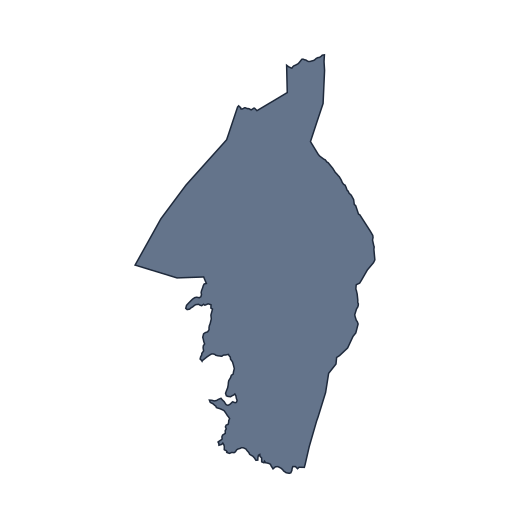 the district of San Juan Juquila Mixes, Oaxaca, Mexico, rotated 189°
{"feature_id": "50627088B56104318486016", "entity_name": "San Juan Juquila Mixes", "entity_type": "district", "adm_level": 2, "iso_a3": "MEX", "parent_name": "Mexico", "parent_adm1": "Oaxaca", "projection": "equal_earth", "projection_center": [-95.884, 16.869], "detail": "fine", "context": "isolated", "style": "filled", "palette": "slate", "viewbox_px": 512, "rotation_deg": 189, "n_neighbors": 0, "source": "geoboundaries", "source_scale": "gbopen_adm2", "svg_char_len": 4868}
<svg xmlns="http://www.w3.org/2000/svg" viewBox="0 0 512 512"><g transform="rotate(189 256 256)"><path d="M175.2,54.8L175.0,56.8L174.9,57.3L173.6,76.1L170.3,102.6L169.5,106.8L165.9,132.0L165.9,151.5L160.1,161.8L160.5,168.4L157.9,170.7L153.5,176.4L151.1,179.5L147.6,191.8L145.4,195.6L144.5,204.8L145.7,207.0L146.9,208.2L148.7,211.8L149.3,213.5L148.4,219.5L147.5,221.6L147.3,223.1L147.4,224.7L148.3,226.2L148.5,228.2L150.1,234.2L151.5,237.7L152.2,238.9L152.5,242.6L152.4,243.4L149.4,245.4L148.2,248.2L143.8,259.7L138.9,267.8L138.0,270.8L140.6,281.0L140.7,283.5L141.3,284.6L143.4,290.0L143.3,292.6L143.8,294.4L143.9,294.6L146.9,298.3L160.0,313.0L161.3,313.4L165.4,321.3L167.0,322.3L168.4,327.0L171.5,331.0L173.9,332.6L175.2,334.6L176.0,334.9L176.7,335.9L177.7,337.8L179.1,339.9L180.7,340.5L182.3,342.1L183.7,344.4L186.2,347.4L187.2,348.1L188.8,349.5L190.9,351.1L193.9,354.6L199.4,359.5L200.7,359.9L202.6,361.8L204.3,362.3L208.8,364.7L210.5,366.2L220.1,377.5L216.8,397.9L213.6,417.1L215.2,431.4L216.8,445.6L217.3,450.0L219.2,458.6L219.9,465.4L222.0,464.7L223.0,463.3L224.5,462.0L225.8,461.7L226.7,461.1L227.5,460.5L228.1,459.7L229.0,458.6L229.8,458.1L230.6,457.7L231.4,457.4L232.2,457.0L233.0,456.6L234.8,456.3L236.2,456.8L237.4,457.4L238.8,457.4L239.8,457.7L240.4,457.8L241.5,457.5L242.9,455.0L244.1,453.0L244.8,452.2L245.9,451.4L247.2,450.4L248.0,450.0L248.6,449.5L249.2,448.7L249.6,447.9L250.0,447.1L251.0,447.3L253.4,448.0L255.6,449.2L250.7,422.3L277.8,399.7L280.6,401.8L281.3,401.7L282.0,401.0L282.5,400.5L283.0,400.1L283.3,399.7L283.8,399.7L284.1,399.7L284.3,399.7L284.5,399.7L285.0,400.1L285.5,400.3L285.9,400.3L286.4,400.4L286.7,400.4L287.0,400.4L287.3,400.2L287.7,400.3L288.2,400.3L288.5,400.4L289.2,400.6L289.7,400.7L290.2,400.7L290.7,400.5L291.1,400.1L291.4,399.9L291.7,399.6L291.9,399.5L292.0,399.4L292.8,399.0L293.1,399.0L293.4,398.9L293.6,398.9L293.9,398.9L294.1,399.2L294.2,399.6L294.3,399.9L294.5,400.1L294.5,400.3L295.0,400.5L295.3,400.7L295.6,400.8L295.9,400.9L296.1,401.2L296.4,401.4L296.6,401.6L297.5,400.3L302.3,371.4L303.2,366.3L303.2,366.2L336.2,315.2L355.4,278.6L355.7,278.0L355.8,277.8L364.1,255.1L367.6,245.6L374.0,228.1L330.6,222.0L304.4,227.1L302.1,223.3L300.7,221.1L302.8,220.3L303.4,218.6L303.8,215.9L304.3,213.5L304.5,211.4L303.8,209.3L304.1,207.1L305.5,205.9L308.2,206.0L310.0,205.3L311.9,203.5L313.1,201.9L315.3,198.8L316.9,196.4L317.2,193.3L315.6,192.3L313.3,193.1L312.0,194.7L310.6,195.8L309.5,197.1L308.0,198.5L305.1,199.3L303.7,198.7L301.9,198.4L300.3,200.1L298.8,199.4L297.5,200.2L295.8,201.3L292.8,200.8L292.4,197.5L290.7,196.8L290.8,195.2L291.0,193.3L291.3,190.6L290.8,188.7L290.3,186.9L290.5,184.7L290.7,182.0L291.2,179.8L291.2,177.6L290.8,176.0L291.9,173.5L294.1,172.4L295.6,170.9L295.9,167.4L294.9,165.2L294.3,163.5L293.0,161.1L294.0,159.1L293.9,157.1L292.9,154.0L294.3,151.4L294.2,149.6L294.9,147.8L295.1,145.5L293.5,144.4L292.8,143.6L292.6,144.3L288.6,148.7L286.6,150.6L284.7,152.2L283.1,152.6L281.1,152.3L280.3,151.7L278.0,151.5L275.7,151.6L274.7,151.5L273.9,151.7L273.7,152.2L272.4,153.1L270.8,153.4L267.9,154.5L267.0,153.4L266.6,153.0L265.6,152.2L265.0,150.1L262.7,147.8L261.4,145.1L259.8,141.4L260.1,138.3L260.1,135.8L261.7,134.3L262.1,131.9L263.4,128.7L263.5,126.9L263.3,124.2L263.4,121.4L264.1,118.3L264.6,115.6L263.4,113.3L261.8,112.9L259.1,113.0L257.8,114.2L256.2,115.3L255.3,116.4L254.0,114.8L253.1,112.2L252.1,110.5L252.3,108.9L253.0,108.0L254.0,107.9L255.4,108.1L256.1,108.4L256.8,107.8L257.1,107.3L258.5,105.5L260.3,104.1L261.4,104.3L262.4,104.6L264.7,107.2L266.9,108.7L268.3,110.0L270.9,108.4L272.2,107.2L274.6,106.3L276.9,106.6L279.5,106.4L278.3,104.3L277.0,103.8L275.4,103.4L274.8,102.8L274.1,102.6L273.6,102.1L273.0,101.8L272.4,101.6L272.0,101.1L271.4,100.1L269.8,99.8L268.0,99.6L266.0,99.1L263.4,98.3L261.4,96.3L259.2,93.8L258.0,92.8L256.6,91.2L257.2,89.2L257.0,87.4L257.2,85.4L259.0,84.3L259.5,82.4L258.3,80.6L259.1,78.8L258.6,76.0L261.0,73.9L261.4,72.0L260.8,70.0L261.8,68.8L263.9,66.9L264.8,65.9L263.9,66.3L263.7,65.3L263.4,64.9L263.2,64.2L263.0,63.3L262.2,63.7L261.5,64.0L260.5,64.5L260.1,65.0L259.7,65.7L259.5,66.0L258.7,65.0L258.3,64.7L258.0,63.9L257.6,63.3L257.5,62.6L257.3,61.5L257.2,60.6L257.2,60.1L257.0,59.7L256.6,59.6L256.1,59.3L255.2,59.2L254.0,58.2L254.2,57.5L253.8,57.3L251.3,56.9L249.2,58.2L246.9,58.3L245.7,59.4L244.8,61.5L243.5,62.6L241.5,63.5L240.4,64.4L238.5,64.6L235.8,63.8L234.3,62.3L232.4,60.8L231.3,59.2L229.3,58.3L228.0,57.9L226.1,56.4L224.1,54.2L222.3,54.7L222.6,57.4L222.4,59.6L221.2,60.6L220.7,58.7L218.9,57.5L218.2,53.6L215.8,53.0L215.4,54.6L214.2,53.3L212.7,53.3L210.8,53.1L209.1,52.5L208.2,51.0L206.9,49.6L205.9,48.4L203.8,50.9L201.4,51.4L198.3,50.4L196.3,49.2L195.1,48.0L192.8,46.9L192.5,46.7L191.0,46.6L189.1,46.6L188.5,46.9L187.7,47.3L187.0,49.8L187.1,51.5L186.7,53.8L184.1,54.2L181.7,52.4L180.4,54.1L175.2,54.8Z" fill="#64748b" stroke="#1e293b" stroke-width="1.5"/></g></svg>